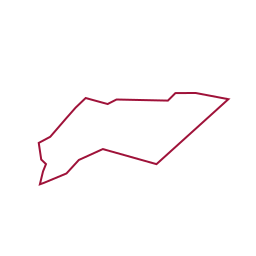 outline of Nea Dimmata, Paphos, Cyprus, rotated 336°
{"feature_id": "46923920B46387539278372", "entity_name": "Nea Dimmata", "entity_type": "district", "adm_level": 2, "iso_a3": "CYP", "parent_name": "Cyprus", "parent_adm1": "Paphos", "projection": "robinson", "projection_center": [32.536, 35.136], "detail": "fine", "context": "isolated", "style": "outline", "palette": "rose", "viewbox_px": 256, "rotation_deg": 336, "n_neighbors": 0, "source": "geoboundaries", "source_scale": "gbopen_adm2", "svg_char_len": 401}
<svg xmlns="http://www.w3.org/2000/svg" viewBox="0 0 256 256"><g transform="rotate(336 128 128)"><path d="M139.3,172.6L231.4,142.5L204.0,123.5L185.5,115.4L175.6,119.2L129.1,97.3L119.1,97.8L101.5,83.4L88.4,88.1L75.3,94.1L53.4,104.4L40.4,105.3L35.9,121.5L38.4,127.6L32.7,133.1L24.6,143.6L28.6,143.9L53.3,144.5L70.1,137.2L96.4,137.0L139.3,172.6Z" fill="none" stroke="#9f1239" stroke-width="2"/></g></svg>